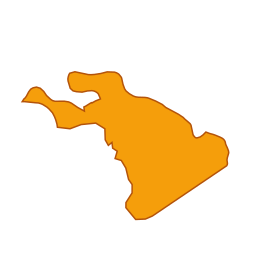 outline of Alexander, Illinois, United States of America, rotated 146°
{"feature_id": "52423323B19456558082814", "entity_name": "Alexander", "entity_type": "district", "adm_level": 2, "iso_a3": "USA", "parent_name": "United States of America", "parent_adm1": "Illinois", "projection": "albers", "projection_center": [-89.326, 37.153], "detail": "fine", "context": "isolated", "style": "filled", "palette": "amber", "viewbox_px": 256, "rotation_deg": 146, "n_neighbors": 0, "source": "geoboundaries", "source_scale": "gbopen_adm2", "svg_char_len": 1721}
<svg xmlns="http://www.w3.org/2000/svg" viewBox="0 0 256 256"><g transform="rotate(146 128 128)"><path d="M132.8,196.3L140.6,204.3L145.7,206.0L147.4,205.1L149.1,203.7L150.4,202.3L151.4,200.5L153.7,193.2L152.8,189.5L150.4,186.9L146.0,183.4L140.9,181.4L137.1,179.2L135.8,178.0L134.8,176.6L134.0,175.0L133.5,173.1L134.4,168.1L134.6,167.5L139.8,168.6L143.8,168.9L143.8,169.3L145.0,169.6L151.0,169.8L152.8,170.1L154.7,166.4L158.2,173.1L161.0,180.2L162.6,182.8L165.8,185.8L173.6,191.0L175.2,192.9L176.1,195.0L177.4,200.5L177.4,205.4L178.5,210.0L181.0,213.1L184.2,214.4L186.9,214.6L190.1,213.5L194.6,211.1L196.7,210.4L198.0,210.3L201.0,209.0L198.9,207.6L190.4,200.5L188.3,198.9L186.5,196.7L185.5,195.1L183.5,190.6L182.8,187.8L182.1,182.8L182.6,178.5L183.3,175.3L184.7,171.0L186.1,168.1L176.5,159.8L164.8,157.0L152.0,150.1L147.6,140.3L153.5,130.9L154.0,124.6L149.4,125.0L152.0,119.8L149.9,114.8L155.8,109.9L151.7,104.8L152.2,96.0L156.3,85.0L156.2,78.8L160.9,71.9L171.4,67.3L174.3,63.1L172.8,47.9L164.5,42.8L157.0,41.4L67.3,41.5L66.1,42.2L66.0,42.3L65.3,43.1L63.8,46.2L62.3,47.8L58.9,50.6L58.3,51.2L57.5,52.8L56.7,56.2L56.4,58.3L56.0,60.2L55.3,61.8L55.0,63.0L55.0,64.9L55.5,66.6L56.7,68.8L59.4,72.9L61.1,75.2L63.3,77.7L65.7,81.1L66.2,81.0L69.8,80.3L73.1,80.2L76.0,81.1L76.8,81.5L77.5,82.4L77.7,83.2L77.9,85.3L77.7,86.4L74.2,95.1L74.1,96.9L76.0,103.9L76.3,105.8L78.5,111.2L85.2,123.9L86.4,128.3L90.0,134.9L94.2,141.2L95.2,142.4L96.9,143.9L102.2,147.7L104.2,149.5L105.7,151.5L107.7,155.6L108.9,159.7L108.9,162.3L107.7,167.1L105.3,173.1L105.2,174.4L105.5,177.6L105.8,178.5L106.6,180.1L107.9,181.8L113.9,186.2L120.1,188.4L125.8,191.1L128.9,192.9L131.1,194.5L132.8,196.3Z" fill="#f59e0b" stroke="#b45309" stroke-width="1.5"/></g></svg>